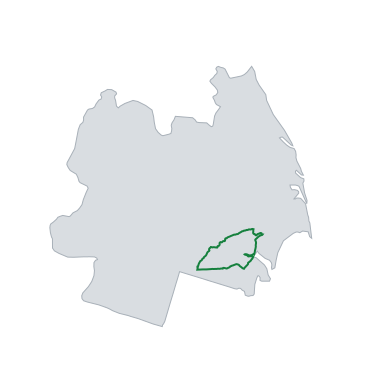 Komo, Estuaire, Gabon shown in context, rotated 197°
{"feature_id": "22940354B49823101443356", "entity_name": "Komo", "entity_type": "district", "adm_level": 2, "iso_a3": "GAB", "parent_name": "Gabon", "parent_adm1": "Estuaire", "projection": "albers", "projection_center": [10.284, 0.218], "detail": "fine", "context": "in_parent", "style": "outline", "palette": "green", "viewbox_px": 384, "rotation_deg": 197, "n_neighbors": 0, "source": "geoboundaries", "source_scale": "gbopen_adm2", "svg_char_len": 7252}
<svg xmlns="http://www.w3.org/2000/svg" viewBox="0 0 384 384"><g transform="rotate(197 192 192)"><path d="M267.1,60.5L266.9,63.6L263.4,71.2L261.7,77.1L261.3,83.3L262.3,88.3L264.0,91.9L265.1,95.8L264.3,98.5L262.6,99.7L263.8,101.0L266.3,101.4L270.7,100.2L277.3,98.1L286.1,95.0L291.8,93.4L301.3,94.4L306.4,95.5L309.0,97.6L311.8,106.5L313.2,107.9L315.5,111.7L317.5,116.3L317.9,118.6L317.7,120.2L315.8,122.7L313.6,126.4L312.9,128.6L311.0,130.2L308.7,131.8L302.4,132.5L301.4,133.4L299.7,137.3L296.3,140.6L294.8,143.7L293.5,147.8L293.7,152.9L293.1,160.3L292.4,165.3L294.1,167.0L301.7,168.2L303.2,169.2L305.2,172.3L307.8,175.2L314.8,177.0L317.5,179.2L319.7,181.6L320.0,183.6L318.4,191.6L316.9,199.2L317.5,205.1L318.1,210.6L319.0,218.7L318.6,223.7L316.7,226.7L316.7,229.1L317.6,231.9L315.9,239.8L314.8,241.2L311.7,242.7L310.0,244.8L309.5,248.1L307.9,252.7L306.1,254.3L306.1,256.5L307.8,258.0L307.8,260.4L304.7,263.2L302.8,265.4L298.7,266.4L293.9,265.3L292.8,263.8L294.0,261.3L293.5,259.4L291.9,257.3L289.3,252.0L287.1,250.9L285.8,253.1L282.0,257.1L275.2,262.3L270.4,262.7L261.6,261.2L254.2,258.7L250.7,252.7L248.5,247.7L245.4,241.9L241.8,239.1L238.0,237.4L236.3,237.3L231.0,240.5L229.3,241.8L229.4,244.5L229.9,247.0L230.7,248.3L231.4,249.9L231.3,252.4L230.3,255.8L230.0,259.5L213.1,263.2L210.1,261.9L208.0,260.2L205.4,260.5L198.1,262.4L195.4,261.1L192.7,260.1L191.5,260.9L191.4,262.5L192.6,271.3L192.2,274.6L190.6,279.0L189.7,281.9L194.2,282.8L195.8,284.1L197.4,286.3L199.6,288.4L199.7,289.6L197.3,291.9L196.4,294.7L197.6,296.9L200.7,299.2L205.2,301.6L207.3,303.2L207.1,304.6L205.1,307.7L204.3,310.2L202.9,312.6L203.1,314.7L205.2,316.7L204.9,318.5L203.6,319.8L200.8,319.6L198.4,319.8L196.3,319.2L189.7,312.3L188.3,312.1L178.7,317.4L176.3,319.6L174.3,322.8L171.7,329.6L167.3,325.6L163.5,318.4L159.1,313.9L149.9,306.7L147.4,301.4L136.9,289.8L121.7,278.1L110.8,267.9L109.1,265.7L111.0,265.9L121.5,271.0L123.0,270.4L124.2,269.3L119.6,266.7L115.3,264.6L111.2,263.3L107.1,263.4L104.8,261.2L103.3,258.0L102.6,255.2L100.8,252.3L94.9,246.2L93.5,243.9L90.4,240.7L92.3,240.3L98.5,243.3L99.1,242.1L98.5,240.4L92.3,237.5L88.9,237.3L88.1,235.2L88.6,232.9L84.1,224.1L79.5,217.5L78.8,214.4L91.3,228.7L92.9,229.0L95.1,228.9L100.3,227.3L99.3,225.3L97.0,223.3L94.7,224.2L91.8,224.4L90.2,223.6L89.6,222.1L92.5,215.2L91.2,215.5L90.3,216.7L88.7,217.3L86.2,217.7L80.0,214.0L74.6,203.9L73.1,201.9L71.7,198.4L70.3,196.9L64.0,182.7L66.4,183.7L69.3,187.9L74.8,187.0L77.0,184.6L78.9,184.7L80.8,184.1L83.2,181.9L90.3,172.1L92.2,159.1L91.6,151.4L90.6,143.7L92.9,141.3L93.9,142.9L94.3,145.6L95.4,147.6L97.9,149.4L102.6,149.9L109.9,152.8L112.5,154.6L113.2,151.0L121.6,147.9L119.0,146.8L111.6,148.0L101.4,143.4L98.0,140.5L94.9,134.9L91.6,132.0L91.8,129.4L99.2,127.1L101.1,127.3L101.9,130.2L103.8,131.4L104.6,131.0L104.9,128.5L104.9,122.0L102.7,112.6L103.4,110.8L105.4,110.1L107.2,108.9L108.4,108.7L110.9,108.9L112.1,111.1L112.8,112.3L115.3,112.8L117.4,114.0L119.1,113.7L120.6,112.3L122.8,112.0L129.4,112.1L135.4,112.1L147.5,112.1L159.5,112.2L171.5,112.2L180.6,112.2L180.5,106.8L180.5,98.6L180.4,88.8L180.4,79.4L180.3,70.7L180.2,60.4L180.7,57.5L181.3,56.3L181.1,54.6L190.4,54.4L207.2,55.2L214.6,55.1L216.7,55.2L225.9,54.7L233.3,55.3L236.5,56.0L239.3,56.4L248.2,56.8L259.9,56.2L263.8,56.3L266.0,57.8L267.1,60.5Z" fill="#d9dde1" stroke="#a8b0b8" stroke-width="1"/><path d="M157.9,144.9L158.1,144.2L158.4,143.8L158.7,143.4L158.9,142.9L158.9,142.4L158.8,141.9L158.5,141.5L158.3,141.3L158.3,140.9L158.4,140.6L158.8,140.1L159.0,139.9L159.3,139.4L159.6,138.8L159.7,138.1L159.8,137.3L159.9,136.2L160.1,135.5L160.3,135.0L160.6,134.5L161.0,134.0L161.3,133.5L161.5,133.2L161.5,132.6L161.6,132.1L161.9,131.9L162.4,131.3L162.6,130.8L162.6,130.4L162.7,129.9L162.9,129.4L163.2,129.0L163.6,128.7L163.9,128.3L164.0,127.9L164.1,127.3L164.2,126.7L164.4,126.1L164.5,125.5L164.5,124.6L164.5,122.9L164.8,122.6L165.0,122.4L164.9,121.9L164.5,121.7L164.4,121.3L164.5,120.9L164.3,120.7L164.2,120.1L164.2,119.3L163.0,119.7L159.4,121.0L155.6,122.2L154.0,122.8L151.4,123.8L150.0,124.4L148.7,124.7L147.9,125.0L146.6,125.4L145.7,125.7L145.1,126.1L144.5,126.3L143.9,126.4L143.3,126.6L142.9,126.7L142.3,127.1L141.5,127.4L140.9,127.6L140.2,127.7L140.0,128.5L139.5,128.7L139.0,128.8L137.2,128.9L136.4,129.0L135.9,129.4L135.5,129.8L134.7,130.5L134.3,130.8L133.9,131.3L133.8,131.6L133.7,132.0L133.4,132.3L133.0,132.5L132.7,132.7L132.3,133.2L131.9,133.5L131.5,133.6L130.7,134.3L128.9,135.7L128.4,136.0L127.7,136.1L126.6,136.1L125.9,136.0L125.4,135.7L124.9,135.3L124.2,135.0L123.8,134.9L123.3,134.7L122.6,134.5L122.1,134.2L121.2,133.9L120.6,133.8L120.0,133.8L119.7,133.9L119.7,134.2L119.7,134.5L119.6,134.8L119.2,135.7L118.8,136.3L118.6,136.9L118.3,137.4L118.0,137.9L117.7,138.6L117.4,139.3L117.4,139.8L117.5,140.1L117.6,140.4L117.6,140.8L117.2,141.3L116.9,141.7L116.7,142.0L116.4,142.4L116.0,143.1L115.7,143.5L115.6,143.9L115.5,144.4L115.4,144.8L115.3,145.2L115.0,145.5L114.8,146.0L114.7,146.5L114.7,147.0L114.6,148.1L116.1,148.1L117.1,147.9L117.5,147.7L118.2,147.4L118.6,147.2L119.1,146.9L119.5,146.9L119.8,147.1L120.3,147.4L121.1,147.6L122.4,147.6L123.2,147.6L123.4,147.7L123.1,148.0L122.6,148.2L122.0,148.3L121.6,148.4L121.1,148.4L120.5,148.3L120.1,148.3L119.3,148.0L118.7,148.0L118.1,148.1L117.7,148.3L117.1,148.6L116.5,149.0L115.9,149.6L115.3,150.3L114.9,150.8L114.5,151.0L114.4,150.9L114.4,152.4L114.4,153.0L114.5,153.4L114.6,154.0L114.7,154.6L114.7,155.5L114.8,156.9L115.0,158.3L115.1,158.8L115.4,159.4L115.6,160.3L115.7,161.0L115.8,161.7L116.0,162.4L116.3,163.0L116.6,163.4L116.9,163.8L117.3,164.3L117.5,164.6L117.5,165.1L117.3,165.5L117.0,165.9L116.8,166.3L116.5,166.7L116.2,167.3L115.9,167.9L115.5,168.5L115.3,168.9L114.8,169.4L114.2,170.1L113.7,170.6L112.9,171.1L112.4,171.4L112.2,171.7L112.1,172.0L112.5,171.9L113.0,172.1L113.2,172.4L113.4,172.8L113.8,172.9L114.3,172.9L114.7,172.7L115.1,172.4L115.3,172.1L115.8,171.7L116.4,171.4L116.7,171.1L117.3,170.5L117.5,170.0L117.6,169.6L117.8,169.4L118.0,169.3L118.4,169.3L118.8,169.4L118.9,169.5L119.1,169.7L119.5,170.0L119.9,170.1L120.3,170.0L120.6,170.0L120.9,170.1L121.4,170.5L121.6,170.9L121.7,171.2L121.8,172.1L122.0,172.5L122.2,173.3L122.3,174.0L122.3,174.4L123.1,174.4L123.5,174.3L123.9,174.1L124.4,173.7L124.7,173.4L125.4,173.2L126.1,173.0L126.6,172.9L127.0,172.6L127.2,172.3L127.6,172.1L128.0,171.8L128.6,171.7L128.9,171.5L129.1,171.3L129.5,170.9L130.0,170.7L130.5,170.4L130.9,170.3L131.5,169.8L131.8,169.4L132.3,169.2L132.8,168.9L133.1,168.4L133.6,167.9L134.2,167.2L134.6,166.9L135.0,166.4L135.3,166.0L135.5,165.6L135.8,165.3L136.3,165.0L136.9,164.8L137.7,164.2L138.1,163.9L138.6,163.7L139.2,163.6L139.8,163.1L141.2,161.9L142.0,161.3L142.6,160.7L143.6,159.9L144.4,159.3L144.9,158.8L145.1,158.4L145.2,158.0L145.4,157.8L145.9,157.7L146.3,157.5L146.5,157.2L146.5,156.7L146.4,155.8L146.2,155.3L146.3,154.8L146.6,154.5L147.2,154.4L147.7,154.2L148.2,153.7L148.3,153.3L148.6,152.8L148.9,152.5L149.2,152.5L149.6,152.5L150.1,152.4L150.3,152.1L150.6,151.7L150.7,151.2L150.5,150.6L150.3,150.2L150.2,149.8L150.2,149.3L150.4,148.8L150.7,148.3L151.0,148.1L151.4,147.9L151.7,147.4L151.7,147.0L151.5,146.7L151.6,146.3L152.1,146.1L153.0,146.0L153.5,145.8L154.7,145.7L155.4,145.5L155.8,145.3L156.2,145.0L157.3,145.0L157.9,144.9Z" fill="none" stroke="#15803d" stroke-width="2"/></g></svg>